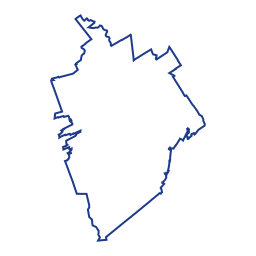 the district of Suseni, Arges, Romania
{"feature_id": "2599482B85414360920749", "entity_name": "Suseni", "entity_type": "district", "adm_level": 2, "iso_a3": "ROU", "parent_name": "Romania", "parent_adm1": "Arges", "projection": "mercator", "projection_center": [24.957, 44.701], "detail": "fine", "context": "isolated", "style": "outline", "palette": "blue", "viewbox_px": 256, "rotation_deg": 0, "n_neighbors": 0, "source": "geoboundaries", "source_scale": "gbopen_adm2", "svg_char_len": 5248}
<svg xmlns="http://www.w3.org/2000/svg" viewBox="0 0 256 256"><path d="M101.8,26.2L101.6,25.9L101.4,25.9L100.9,25.7L100.2,25.6L99.9,25.5L99.4,26.3L99.0,26.7L97.7,27.7L97.2,27.7L96.7,27.6L95.8,27.5L95.6,27.6L95.4,27.6L95.2,27.7L94.9,27.8L93.8,28.0L93.1,28.1L92.7,28.1L92.0,28.0L90.1,27.7L89.7,27.6L89.4,27.4L89.0,27.2L88.9,27.2L93.1,23.8L94.3,22.9L94.5,21.6L93.8,21.5L93.2,21.4L92.7,21.2L92.3,20.9L92.1,20.8L91.8,20.7L91.5,20.5L90.6,20.0L89.3,20.8L88.7,20.6L88.5,20.4L87.9,20.0L87.6,19.1L86.8,18.4L85.6,19.5L85.0,20.2L84.3,20.7L83.7,20.3L83.1,19.6L82.9,19.4L82.6,19.0L82.2,18.4L81.6,17.4L81.4,17.1L81.1,16.5L80.9,16.2L80.7,15.6L80.5,15.4L77.4,17.5L75.7,18.8L75.5,19.0L91.4,39.2L85.5,43.4L85.3,44.0L81.4,46.7L81.7,48.0L84.1,49.4L84.8,50.6L84.1,53.6L82.5,54.6L81.7,55.6L81.1,58.4L81.0,59.9L76.1,63.4L76.6,64.2L75.4,64.7L77.8,69.8L73.0,73.7L61.7,76.6L60.3,77.0L59.6,77.4L59.1,77.4L58.4,76.7L56.9,77.5L56.5,77.6L54.9,77.9L54.0,78.1L52.4,78.5L52.1,78.6L52.3,78.9L53.0,79.6L53.5,80.1L51.2,80.3L51.2,80.5L51.4,81.8L54.2,89.2L62.1,111.6L55.2,113.5L54.6,118.5L58.0,117.1L58.4,117.5L62.1,116.4L63.5,116.1L64.0,116.9L68.2,115.8L68.9,116.7L69.6,119.8L70.7,119.3L71.2,120.0L71.5,120.9L70.3,121.4L71.8,122.9L72.4,123.6L72.3,124.5L63.5,128.9L63.8,129.3L61.4,130.4L62.3,131.1L62.0,131.4L62.3,131.9L60.6,133.7L58.7,134.7L59.4,136.2L59.3,137.7L61.4,136.3L65.2,134.7L65.4,135.2L69.8,133.8L70.4,135.0L73.5,133.4L73.7,133.8L80.5,130.6L80.4,131.9L76.3,133.8L76.1,135.2L75.0,136.2L66.2,140.7L66.4,143.7L67.5,144.8L65.8,145.8L65.9,146.0L63.1,146.9L63.4,149.5L69.0,147.2L68.7,148.4L69.5,149.3L70.1,149.0L70.4,149.1L71.6,148.5L71.6,149.6L70.1,151.3L71.0,153.2L70.5,153.5L69.4,153.1L68.9,152.4L67.6,153.1L69.0,154.9L69.3,157.4L68.2,159.0L68.3,159.3L67.4,159.9L67.3,160.3L65.0,161.0L68.5,170.2L68.5,170.4L72.6,181.3L76.8,193.8L86.5,193.9L89.2,205.1L89.2,205.4L89.2,207.6L87.9,209.5L89.2,217.0L91.9,219.5L92.0,220.2L92.3,223.7L92.7,225.4L96.2,227.1L98.7,231.0L98.4,234.9L99.9,237.4L98.1,240.6L106.5,239.8L105.9,237.2L123.5,222.8L137.4,211.6L151.2,200.2L152.3,199.2L153.3,198.5L154.2,197.7L157.1,195.3L158.6,194.1L159.5,193.2L160.1,193.4L160.7,193.7L161.5,192.5L162.0,192.2L161.8,191.6L161.7,190.4L161.4,189.3L160.8,188.3L160.7,187.7L160.9,187.5L164.2,183.9L163.5,183.3L162.2,182.8L162.2,182.4L162.8,182.3L164.6,180.3L165.3,179.5L166.0,178.1L166.3,177.4L166.3,177.2L166.0,176.1L166.8,174.1L165.3,174.3L165.0,173.8L164.8,173.4L166.4,173.2L166.4,172.6L168.0,172.4L168.7,170.6L168.0,170.4L168.7,167.6L169.3,163.7L169.4,161.0L169.9,161.2L170.1,159.0L170.3,155.7L171.0,150.2L169.1,149.4L168.8,149.1L168.9,148.6L169.2,148.4L169.9,147.6L170.3,148.2L170.6,148.3L171.7,148.4L172.4,148.4L173.1,148.5L173.5,148.6L174.4,147.2L175.8,145.0L176.1,145.1L177.9,142.2L179.6,139.5L180.0,138.7L180.1,138.8L182.0,139.6L183.0,140.5L184.1,138.2L184.4,137.8L185.1,136.4L185.9,134.6L186.7,133.2L187.6,131.6L187.4,129.9L187.3,129.1L187.2,128.8L187.7,128.4L187.8,128.6L188.4,128.9L188.6,128.9L188.9,129.3L189.0,129.6L188.8,130.1L188.8,130.7L188.9,131.3L188.8,131.6L189.0,132.3L188.9,132.5L188.7,132.7L188.4,133.1L188.2,133.1L187.8,133.1L187.7,133.2L187.6,133.4L187.5,133.6L187.4,134.0L187.2,134.6L186.9,134.9L186.7,135.1L186.3,135.7L186.3,136.2L186.4,136.6L186.8,136.7L187.2,136.7L187.5,136.8L187.7,137.1L187.5,137.6L187.5,137.8L187.7,138.9L187.8,139.0L188.2,139.0L188.5,138.8L189.1,137.8L190.1,137.1L190.4,136.6L190.6,136.4L191.0,136.3L191.4,136.0L191.6,135.8L191.6,135.5L191.5,135.4L191.3,135.1L191.3,134.5L191.7,133.9L192.0,133.7L192.7,133.8L193.0,133.8L193.3,133.4L193.6,133.4L193.8,133.2L194.1,133.1L194.3,133.1L194.5,133.4L194.7,134.3L195.9,133.3L197.2,131.4L198.4,129.8L202.6,127.0L204.5,125.8L204.8,124.5L204.8,124.0L204.3,123.1L204.0,122.2L203.2,120.6L203.3,119.9L203.3,119.3L201.7,116.0L199.6,114.9L198.8,113.8L198.0,112.3L197.2,110.9L196.9,110.4L196.4,109.8L195.8,108.9L194.1,106.6L193.9,106.3L193.6,106.0L192.7,104.9L191.5,103.3L189.5,100.1L188.9,99.2L188.7,98.9L187.7,97.4L186.4,95.5L186.2,95.4L185.1,96.0L184.8,96.0L184.7,95.8L184.2,95.2L184.0,94.7L183.5,93.9L183.4,93.7L182.2,91.5L181.9,91.0L180.8,89.3L179.5,87.2L179.1,86.6L178.9,86.3L178.5,85.6L178.2,85.1L177.7,84.3L177.3,83.7L177.1,83.5L176.3,82.1L176.1,81.8L176.0,81.7L174.5,79.3L173.5,77.6L172.9,76.7L174.4,75.8L174.3,75.7L172.9,74.9L171.2,74.1L169.3,73.1L175.7,69.0L175.5,68.7L180.9,65.3L178.1,60.9L178.1,60.5L169.4,47.0L169.3,46.9L167.3,52.3L156.4,59.5L155.8,58.8L156.3,56.8L156.6,55.3L153.2,54.4L152.8,53.9L151.1,49.4L143.3,54.1L138.0,57.5L135.7,58.8L133.7,60.4L133.3,55.7L133.1,54.4L132.8,52.0L132.8,51.4L132.6,50.3L132.5,49.9L132.5,49.3L132.3,47.8L132.3,47.0L132.0,45.1L132.0,44.8L131.9,44.6L131.9,44.1L131.7,42.6L130.9,35.7L130.8,34.8L130.7,34.7L127.3,36.9L124.6,38.4L122.0,40.0L121.6,39.9L119.2,41.3L118.3,41.9L112.3,45.3L110.6,46.3L110.7,46.2L110.9,45.5L110.8,44.7L110.8,44.0L110.8,43.2L110.6,42.8L110.2,42.1L109.6,41.4L109.4,40.8L109.2,40.2L109.2,39.6L109.3,39.0L109.5,38.3L109.4,38.1L109.4,37.8L109.2,37.4L108.8,37.1L108.4,36.9L107.5,36.7L106.7,36.6L106.3,36.4L106.1,36.0L105.8,35.5L105.7,35.0L105.9,34.4L106.3,33.5L106.8,32.4L107.1,31.7L107.2,31.1L106.8,30.5L106.2,30.4L105.1,30.0L104.0,29.6L103.6,29.4L103.4,29.1L103.0,28.4L102.5,27.5L102.0,26.5L101.9,26.3L101.8,26.2Z" fill="none" stroke="#1e3a8a" stroke-width="2"/></svg>